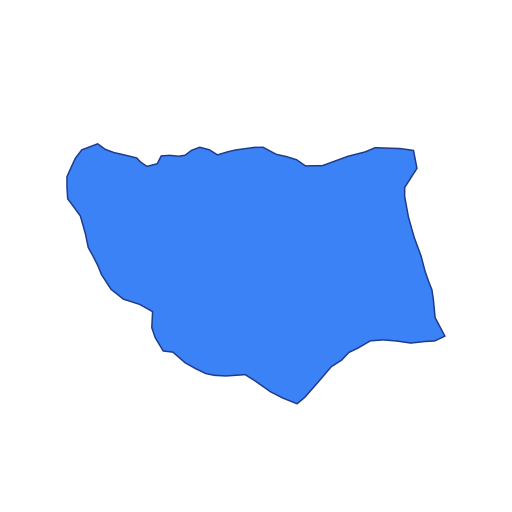 the district of Kornokipos, Cyprus, rotated 102°
{"feature_id": "46923920B14049283421613", "entity_name": "Kornokipos", "entity_type": "district", "adm_level": 2, "iso_a3": "CYP", "parent_name": "Cyprus", "parent_adm1": "", "projection": "mercator", "projection_center": [33.572, 35.273], "detail": "fine", "context": "isolated", "style": "filled", "palette": "blue", "viewbox_px": 512, "rotation_deg": 102, "n_neighbors": 0, "source": "geoboundaries", "source_scale": "gbopen_adm2", "svg_char_len": 1205}
<svg xmlns="http://www.w3.org/2000/svg" viewBox="0 0 512 512"><g transform="rotate(102 256 256)"><path d="M179.2,434.2L188.4,448.5L197.9,453.0L207.5,455.2L217.7,457.4L228.0,455.2L239.2,452.1L245.4,445.0L253.4,436.1L270.1,427.3L282.5,421.9L289.6,415.7L298.4,408.6L306.3,403.3L318.7,390.9L325.8,376.7L327.5,359.8L331.9,345.6L347.8,343.0L356.7,337.7L368.2,327.0L367.3,317.3L375.2,303.1L378.8,291.5L381.4,280.9L381.4,272.0L379.6,260.5L374.3,241.9L377.9,232.1L385.8,213.5L389.4,200.2L392.0,185.1L384.1,178.9L368.2,170.0L360.2,165.6L348.7,159.4L339.9,150.5L331.1,145.2L324.9,137.2L315.2,126.5L311.6,114.1L309.9,100.8L309.0,86.6L304.6,73.3L301.9,63.5L295.1,54.6L279.0,68.0L262.2,73.3L252.5,76.9L244.5,82.2L235.7,87.5L221.6,94.6L204.8,105.2L186.2,115.0L166.8,123.0L158.0,124.8L136.8,116.8L120.0,123.9L120.9,137.2L125.3,162.0L131.5,170.9L139.4,186.9L153.8,209.8L157.6,226.4L153.4,236.3L152.4,247.1L152.4,257.1L148.2,271.7L150.1,280.2L156.6,298.2L159.9,305.2L165.1,314.7L161.8,323.7L161.3,333.6L166.1,341.1L172.2,346.3L174.5,352.5L175.5,361.4L177.8,369.5L186.3,371.8L191.0,381.3L188.1,388.4L184.9,393.1L184.4,410.1L184.4,416.2L183.0,425.7L179.2,434.2Z" fill="#3b82f6" stroke="#1e3a8a" stroke-width="1.5"/></g></svg>